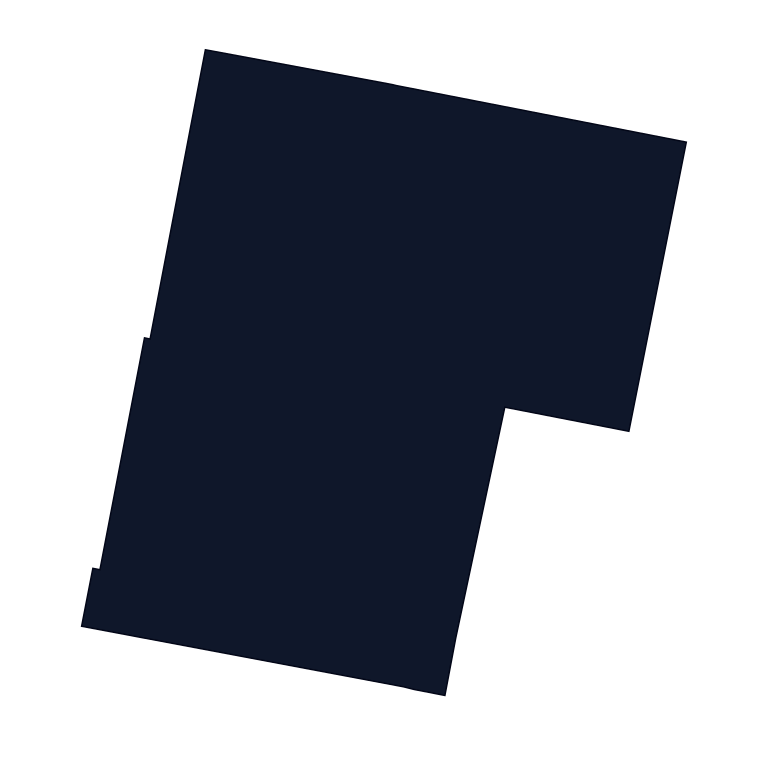 outline of Washington, Colorado, United States of America, rotated 191°
{"feature_id": "52423323B54769697673955", "entity_name": "Washington", "entity_type": "district", "adm_level": 2, "iso_a3": "USA", "parent_name": "United States of America", "parent_adm1": "Colorado", "projection": "natural_earth1", "projection_center": [-103.241, 40.002], "detail": "fine", "context": "isolated", "style": "filled", "palette": "ink", "viewbox_px": 768, "rotation_deg": 191, "n_neighbors": 0, "source": "geoboundaries", "source_scale": "gbopen_adm2", "svg_char_len": 371}
<svg xmlns="http://www.w3.org/2000/svg" viewBox="0 0 768 768"><g transform="rotate(191 384 384)"><path d="M133.9,561.5L133.4,679.1L428.9,679.3L432.8,679.5L623.1,678.0L622.2,383.5L627.9,383.6L627.4,147.5L634.6,147.5L634.6,88.5L307.0,90.5L296.2,89.9L264.8,89.9L265.1,148.4L261.0,384.3L134.6,384.3L133.9,561.5Z" fill="#0f172a" stroke="#020617" stroke-width="1.5"/></g></svg>